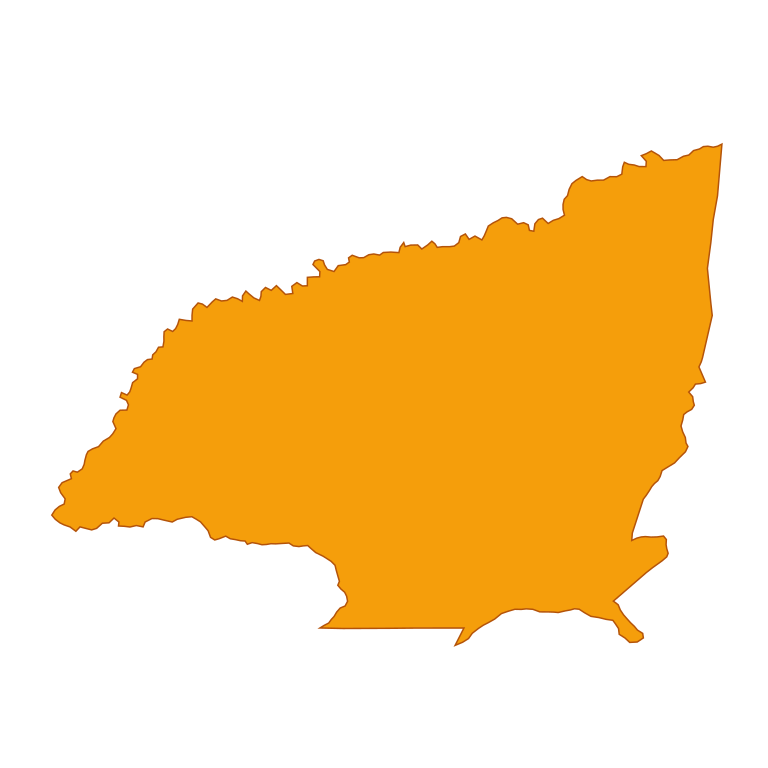 Ituaçu, Bahia, Brazil, rotated 93°
{"feature_id": "56859067B14233207063094", "entity_name": "Ituaçu", "entity_type": "district", "adm_level": 2, "iso_a3": "BRA", "parent_name": "Brazil", "parent_adm1": "Bahia", "projection": "natural_earth1", "projection_center": [-41.391, -13.875], "detail": "fine", "context": "isolated", "style": "filled", "palette": "amber", "viewbox_px": 768, "rotation_deg": 93, "n_neighbors": 0, "source": "geoboundaries", "source_scale": "gbopen_adm2", "svg_char_len": 4490}
<svg xmlns="http://www.w3.org/2000/svg" viewBox="0 0 768 768"><g transform="rotate(93 384 384)"><path d="M341.1,67.3L298.4,59.8L287.0,61.7L281.2,62.6L251.6,67.1L225.6,65.0L202.6,63.8L178.6,60.8L126.7,59.1L129.1,63.3L130.3,67.6L129.6,73.0L130.2,77.5L132.8,81.3L134.7,87.1L139.4,91.6L140.9,96.9L144.7,103.1L145.3,110.5L146.1,116.4L141.4,121.3L137.3,129.2L140.5,134.6L142.5,139.0L147.9,133.7L153.2,133.8L153.5,140.7L152.2,145.6L151.8,151.1L150.0,155.6L154.6,157.0L162.0,157.5L164.8,162.4L165.1,169.2L168.9,175.4L169.3,181.8L170.4,187.7L169.3,192.3L166.5,196.9L170.7,203.0L174.1,206.8L179.9,209.3L186.3,210.6L190.1,213.7L195.3,214.6L200.4,214.3L206.0,212.6L209.7,218.1L211.7,223.5L215.1,228.5L210.1,234.4L211.7,238.4L216.1,241.7L223.6,242.4L223.0,246.8L217.5,248.3L215.6,253.0L217.4,258.9L212.3,265.1L211.2,270.5L211.9,274.8L214.8,278.8L217.3,283.3L220.8,288.1L226.0,289.9L230.9,291.7L235.0,293.8L231.5,300.9L235.1,306.6L229.9,310.6L232.7,315.3L238.9,316.7L242.6,321.0L243.4,325.5L243.8,332.8L244.8,338.0L241.3,340.5L238.9,343.7L242.9,347.7L247.2,353.3L243.4,357.6L243.9,364.6L245.7,370.1L241.7,371.7L246.6,375.0L252.0,376.0L251.9,384.0L252.7,391.6L255.5,395.1L254.7,401.0L255.7,405.9L258.9,410.9L259.3,415.4L257.1,422.5L259.9,426.0L264.0,425.0L266.8,428.5L268.2,435.9L274.3,439.8L272.5,446.6L268.2,449.6L264.1,451.2L263.0,455.5L264.8,459.7L268.4,461.2L275.1,453.9L280.3,453.9L280.7,459.7L281.5,466.1L289.9,465.7L290.4,470.6L287.3,476.3L291.3,481.2L298.4,479.8L299.7,487.1L295.0,492.4L291.4,496.6L296.4,501.5L293.8,507.4L298.2,511.4L302.9,511.5L307.1,512.7L304.8,518.5L301.1,523.5L298.4,526.8L303.4,529.9L308.9,529.8L306.5,534.7L305.1,540.0L308.7,545.1L309.6,550.6L307.8,556.5L311.0,559.8L316.8,564.8L313.7,569.5L312.8,573.9L319.2,579.0L325.4,579.3L331.1,579.0L330.9,585.0L330.1,591.8L335.3,593.1L339.6,595.0L342.6,597.8L340.4,603.0L343.3,606.3L348.3,606.3L352.7,606.0L358.5,606.7L359.1,611.1L363.8,613.4L367.0,616.5L371.2,616.9L372.0,621.5L374.8,624.8L379.5,628.0L381.7,634.1L385.4,635.8L387.3,630.6L391.7,630.4L395.8,635.1L401.5,636.4L405.2,637.5L408.5,640.0L406.3,645.7L411.0,646.9L413.8,640.3L418.2,638.1L423.5,639.4L424.0,646.2L427.9,650.1L431.9,651.9L435.7,652.8L442.6,649.3L448.0,652.3L451.8,655.4L455.7,661.3L461.5,665.8L464.0,671.7L466.8,676.0L470.2,677.5L475.9,678.7L479.9,679.2L484.5,680.9L488.1,685.6L487.1,690.0L490.2,692.6L494.9,691.2L497.2,695.9L499.4,700.3L504.3,703.5L509.5,701.2L515.4,696.4L520.6,697.1L523.2,701.8L527.0,705.9L532.3,708.9L536.3,705.2L539.6,700.4L541.4,696.2L543.2,690.0L547.2,684.0L542.6,680.1L543.8,674.3L545.0,668.3L543.2,663.4L537.8,658.0L537.0,651.3L532.0,646.6L535.7,641.5L539.7,641.7L539.7,635.8L540.1,630.2L538.3,623.9L539.3,617.1L534.3,615.3L530.5,608.7L530.3,602.8L531.5,596.4L532.9,588.3L529.9,583.4L527.5,575.1L526.6,568.9L528.9,564.3L531.3,560.0L536.6,554.9L539.7,552.0L546.2,549.2L548.6,544.9L547.2,540.7L544.2,534.1L546.6,529.4L547.2,524.0L548.0,519.2L548.1,514.5L551.2,512.1L549.3,507.4L550.0,501.7L550.9,497.5L550.4,493.0L549.4,488.6L549.3,483.8L548.5,477.0L547.8,470.6L550.4,466.1L550.8,460.4L549.9,456.2L549.3,451.7L552.2,448.2L555.9,443.4L559.2,435.7L563.8,427.6L567.6,423.4L572.3,422.0L578.5,419.9L583.4,418.2L587.4,419.6L591.0,416.3L594.0,412.4L597.9,410.2L602.9,409.0L607.7,411.2L610.0,416.0L614.2,419.3L618.8,421.7L621.9,424.3L625.6,426.7L628.1,431.0L631.0,435.2L630.3,412.1L627.8,367.9L626.1,340.1L623.5,291.4L641.3,299.3L637.8,292.0L633.8,286.3L628.3,282.8L623.1,276.8L619.6,272.1L616.9,267.4L612.9,261.1L607.1,254.7L604.4,248.0L602.1,241.5L601.9,235.1L601.1,230.2L601.2,223.6L603.4,216.5L603.0,207.3L602.9,202.5L603.1,198.1L601.1,191.2L599.9,186.1L598.5,182.0L598.7,177.3L601.9,171.8L605.2,165.2L606.0,157.2L607.4,149.9L608.0,143.1L611.2,140.5L615.9,137.0L621.7,136.0L625.0,130.1L629.2,125.1L628.4,117.6L624.0,111.7L619.5,112.6L616.5,118.0L612.9,121.3L609.4,125.4L606.4,128.4L602.0,132.7L597.3,136.2L592.2,138.6L588.8,143.6L558.6,112.2L553.3,106.1L545.9,96.9L541.8,92.6L538.2,91.4L533.7,93.0L529.6,93.9L524.5,93.9L521.2,96.9L522.4,103.2L522.9,109.4L522.7,115.0L523.3,119.2L524.7,123.5L527.3,128.4L519.8,128.2L485.4,119.0L481.6,116.4L476.9,113.6L472.4,111.2L469.2,108.7L466.2,105.5L462.0,103.4L455.9,101.8L452.3,96.6L447.6,89.7L442.2,85.2L435.9,79.4L430.5,77.2L427.1,79.3L421.6,80.3L416.2,83.2L410.4,85.2L404.3,83.8L398.8,83.1L396.0,79.9L393.2,75.4L389.0,73.0L385.4,74.2L380.5,75.1L376.1,79.3L371.6,75.1L367.8,73.0L367.0,67.8L365.3,63.1L350.5,70.4L345.2,68.3L341.1,67.3Z" fill="#f59e0b" stroke="#b45309" stroke-width="1.5"/></g></svg>